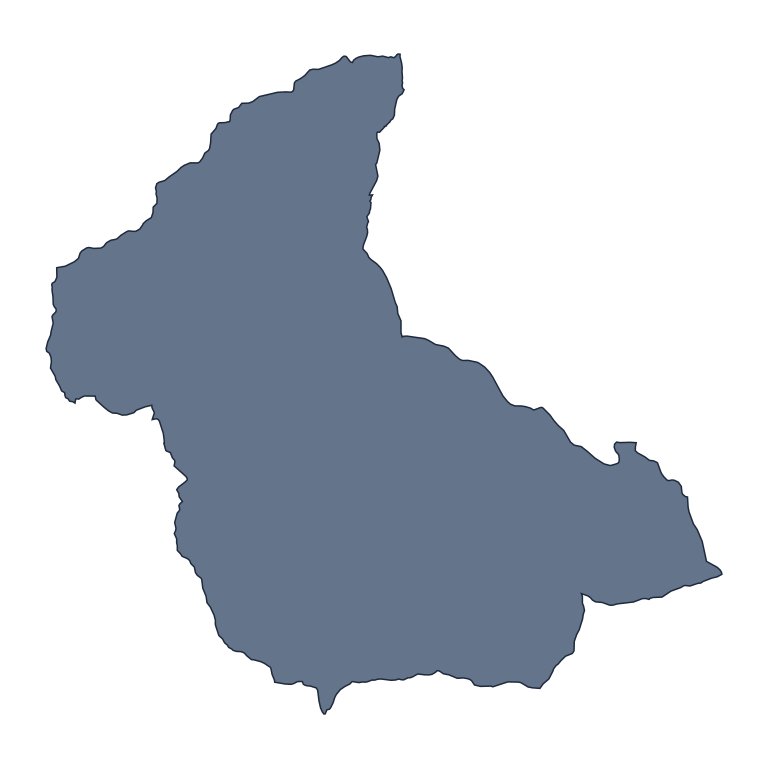 San Mateo, Boyacá, Colombia (Mercator projection)
{"feature_id": "7082276B31973577978453", "entity_name": "San Mateo", "entity_type": "district", "adm_level": 2, "iso_a3": "COL", "parent_name": "Colombia", "parent_adm1": "Boyacá", "projection": "mercator", "projection_center": [-72.559, 6.415], "detail": "fine", "context": "isolated", "style": "filled", "palette": "slate", "viewbox_px": 768, "rotation_deg": 0, "n_neighbors": 0, "source": "geoboundaries", "source_scale": "gbopen_adm2", "svg_char_len": 6030}
<svg xmlns="http://www.w3.org/2000/svg" viewBox="0 0 768 768"><path d="M687.5,497.0L685.2,496.5L682.5,494.1L681.9,492.3L681.3,486.4L678.3,482.2L674.2,480.2L671.9,480.0L669.0,480.6L667.3,480.3L664.2,477.2L662.1,474.5L660.9,472.2L657.5,462.9L656.8,462.3L653.4,460.8L649.5,460.4L644.9,456.9L637.6,452.9L635.7,451.1L635.3,450.4L635.4,446.8L636.2,442.7L630.2,442.3L619.9,442.6L616.6,442.1L614.6,444.1L614.2,447.3L615.4,450.7L616.8,452.8L617.6,453.2L618.9,455.5L619.3,460.0L618.9,461.9L618.2,463.0L616.5,463.8L611.1,465.4L609.6,465.4L604.0,463.9L595.0,458.2L587.1,451.2L581.2,446.6L574.3,445.2L570.5,442.1L563.7,430.4L558.3,425.6L553.9,420.6L550.0,415.1L543.1,408.1L542.0,407.5L540.8,407.4L533.8,410.0L530.1,408.0L525.3,406.6L521.4,406.0L514.9,405.9L510.5,404.2L507.6,401.7L502.9,395.9L492.6,376.9L489.6,372.4L484.7,367.1L479.2,363.3L477.3,362.3L468.3,360.4L462.6,360.5L460.7,359.8L459.1,358.9L455.3,355.6L448.4,348.1L443.7,346.1L435.5,344.5L428.6,340.4L424.6,338.6L407.0,336.1L403.3,336.3L402.2,337.0L401.0,332.8L401.0,320.9L397.8,313.5L397.2,306.8L395.2,302.3L391.2,288.7L386.6,277.7L382.6,270.5L380.2,267.4L376.6,263.7L371.3,259.8L368.9,257.5L367.1,253.5L363.1,249.2L362.9,248.2L363.5,244.9L366.7,236.5L367.6,232.8L367.4,229.3L366.6,227.4L367.7,223.1L368.5,221.5L366.8,216.8L369.4,213.0L369.6,211.0L370.5,208.9L371.0,202.4L370.0,201.7L369.9,200.7L370.8,199.9L371.1,197.4L372.5,194.9L369.3,195.1L369.7,193.6L376.6,180.7L377.9,176.1L375.6,164.5L376.8,163.1L379.9,150.1L379.2,143.5L376.9,138.5L376.8,133.1L377.6,132.0L379.5,132.3L384.7,126.8L384.5,126.4L386.4,125.9L386.7,124.8L390.0,121.8L390.7,120.3L392.8,118.8L394.4,115.2L394.7,109.0L396.8,99.6L398.6,96.2L402.2,93.7L404.1,89.8L402.6,88.2L402.0,85.3L402.6,82.9L402.1,81.0L402.5,78.0L402.0,71.4L402.2,67.6L401.5,62.5L400.0,56.7L400.1,54.2L398.0,54.0L396.9,54.7L395.4,56.7L393.8,57.7L390.8,56.8L388.4,57.6L382.7,56.1L378.0,56.8L370.5,55.3L363.7,55.8L358.6,57.1L355.8,58.5L353.6,60.2L352.5,62.5L350.4,61.9L346.4,56.7L345.3,56.2L343.6,56.3L341.9,57.6L339.5,60.4L335.4,63.2L331.3,65.0L318.4,69.4L313.1,69.2L309.7,70.0L304.9,75.4L300.7,78.5L295.7,81.1L294.4,82.9L293.7,89.6L293.1,90.9L291.3,92.2L286.0,91.9L277.5,92.3L259.3,96.6L252.7,101.6L248.7,103.1L241.8,103.3L238.5,107.6L234.1,109.1L232.7,110.3L230.4,114.8L230.1,120.1L229.6,121.5L224.8,122.6L219.5,122.8L218.2,123.3L217.2,124.9L216.0,128.4L211.1,134.1L210.6,142.6L209.6,148.4L208.5,150.4L204.8,153.1L202.5,158.2L199.6,162.0L197.9,162.9L190.0,162.9L184.3,165.3L181.1,167.4L177.0,171.4L169.0,177.0L164.7,180.6L159.1,182.2L156.9,183.6L155.5,187.8L156.4,191.7L156.0,193.6L157.1,198.2L156.9,203.4L153.2,207.1L153.0,212.6L151.3,217.6L146.3,220.7L143.2,223.6L142.5,225.2L139.7,229.1L136.0,231.2L134.0,231.4L128.9,230.9L127.3,231.3L121.1,235.1L117.2,238.7L115.9,239.3L111.0,240.2L107.5,242.1L106.2,243.1L103.5,246.6L100.7,248.1L93.8,248.4L89.0,247.5L86.7,247.9L82.0,250.8L80.2,252.9L78.4,258.4L74.3,261.8L65.3,266.2L56.7,267.7L56.9,277.2L55.4,280.7L54.6,281.8L52.4,283.1L51.7,284.6L52.2,287.1L52.0,289.9L53.0,297.2L53.2,304.3L54.4,306.9L56.1,309.0L56.1,311.0L55.7,312.1L52.9,314.9L52.0,316.6L53.2,323.2L51.1,331.5L50.6,335.1L47.8,341.6L46.1,348.5L46.7,351.3L49.3,353.2L50.9,357.0L51.4,361.4L50.5,368.1L55.2,376.3L55.8,379.6L59.7,386.3L61.6,390.9L64.7,392.7L64.9,395.3L65.7,397.6L68.3,399.0L69.6,401.2L72.8,401.7L75.0,403.1L75.6,399.4L76.1,398.8L78.8,399.1L81.3,397.4L84.5,396.0L95.2,396.1L95.9,399.5L96.3,400.2L104.3,407.5L108.6,410.9L112.4,413.0L117.1,413.3L122.2,415.1L126.8,414.9L132.9,413.0L133.9,412.7L136.3,410.2L145.2,406.8L151.8,405.3L152.0,407.7L154.4,412.7L152.2,419.6L156.3,418.7L158.3,419.6L159.4,421.2L163.3,433.4L164.2,440.3L164.3,443.4L163.9,443.4L165.8,450.4L166.6,451.1L170.3,452.5L172.4,457.8L174.6,460.3L174.9,461.8L174.1,465.9L186.2,476.7L187.3,478.9L187.2,479.9L185.4,481.8L178.7,486.9L176.7,489.7L178.8,493.4L179.2,496.9L182.4,501.6L180.1,503.5L178.9,505.5L179.7,509.4L179.5,510.3L177.2,513.2L174.7,522.5L176.0,528.5L175.6,530.6L174.3,533.6L176.7,538.9L176.6,542.6L177.3,545.7L177.3,550.4L180.7,554.0L182.1,556.3L187.4,558.6L189.6,560.4L190.9,563.7L194.3,567.0L195.5,572.7L196.6,574.3L197.3,575.3L201.1,578.2L201.7,579.5L202.8,588.2L206.1,596.3L207.0,602.7L210.3,607.0L214.1,615.2L215.4,620.4L215.3,624.1L215.7,625.8L218.9,635.6L222.6,639.0L224.6,642.8L227.4,645.2L228.7,647.4L231.7,649.0L233.0,650.3L236.4,651.4L240.5,651.6L243.0,652.3L244.4,653.1L246.9,655.9L251.4,659.6L253.7,659.8L260.9,661.7L264.5,663.4L270.3,667.3L270.9,668.4L272.1,674.4L274.4,680.0L274.7,682.2L285.1,684.0L291.1,684.3L293.6,683.6L297.5,681.6L301.7,681.5L302.4,681.6L303.2,684.0L304.3,684.9L306.7,685.7L310.4,686.1L316.4,688.0L317.7,690.5L319.0,701.0L320.6,708.1L322.3,711.9L323.9,714.0L325.2,713.9L326.9,709.8L329.5,709.2L330.7,707.6L333.1,702.7L334.8,697.4L336.3,694.5L340.3,689.6L345.0,686.4L349.8,684.0L351.9,681.8L352.6,681.6L359.0,682.6L363.2,681.9L364.7,682.2L367.4,681.8L371.9,680.1L374.8,680.1L377.7,679.2L381.0,679.0L391.2,680.3L395.5,680.0L399.0,679.0L401.0,679.7L403.6,679.9L408.0,677.8L410.0,677.8L412.5,676.9L417.7,674.0L424.5,674.8L428.8,674.9L431.9,674.4L435.6,672.2L437.2,670.6L439.5,671.1L443.5,673.8L448.8,674.8L457.3,678.3L463.3,677.9L468.1,678.8L470.5,679.8L471.9,681.1L474.5,685.0L480.6,686.4L490.8,686.1L492.8,686.8L507.8,681.9L518.5,682.1L521.0,682.7L528.1,687.0L532.3,687.8L539.9,688.4L543.2,683.8L548.9,678.9L552.8,671.3L553.6,668.8L556.1,665.5L558.0,664.2L560.8,660.8L565.5,656.2L572.3,653.5L574.0,650.9L574.3,641.3L576.7,634.5L579.2,629.8L582.6,618.9L583.2,614.6L584.5,610.5L583.6,606.2L582.4,603.2L582.4,596.2L581.4,593.6L587.7,595.8L590.4,597.6L592.5,600.1L595.4,601.8L602.4,602.5L609.8,605.2L612.7,605.2L617.3,603.9L633.5,602.0L642.5,598.6L646.2,598.6L649.0,599.4L650.0,598.4L652.8,597.5L662.0,597.1L671.0,591.1L680.9,587.5L683.8,585.7L685.5,585.5L690.0,586.0L697.7,583.4L700.9,583.0L703.0,581.5L711.8,578.1L717.3,576.8L721.9,574.3L721.5,572.3L720.1,570.0L717.2,567.3L706.5,561.4L702.2,541.4L697.2,529.6L693.4,523.9L689.0,511.8L688.1,507.2L687.5,497.0Z" fill="#64748b" stroke="#1e293b" stroke-width="1.5"/></svg>